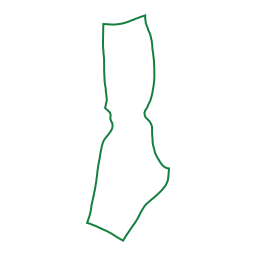 the district of Shibam, Hadramawt, Yemen
{"feature_id": "15242507B68868493059781", "entity_name": "Shibam", "entity_type": "district", "adm_level": 2, "iso_a3": "YEM", "parent_name": "Yemen", "parent_adm1": "Hadramawt", "projection": "mercator", "projection_center": [48.641, 15.882], "detail": "fine", "context": "isolated", "style": "outline", "palette": "green", "viewbox_px": 256, "rotation_deg": 0, "n_neighbors": 0, "source": "geoboundaries", "source_scale": "gbopen_adm2", "svg_char_len": 3580}
<svg xmlns="http://www.w3.org/2000/svg" viewBox="0 0 256 256"><path d="M103.4,24.0L103.4,24.8L103.2,28.3L103.2,29.4L103.2,31.5L103.1,34.5L103.1,37.6L103.0,39.6L103.0,40.4L103.0,41.2L103.0,42.9L103.0,43.9L103.0,45.1L103.1,46.4L103.1,48.0L103.2,49.1L103.4,50.4L103.5,52.5L103.5,53.1L103.8,56.0L103.9,57.1L104.0,58.3L104.1,60.9L104.1,64.5L104.1,65.6L104.2,67.1L104.2,68.4L104.1,70.1L104.2,71.5L104.2,73.2L104.4,74.9L104.4,75.9L104.4,76.9L104.5,78.1L104.6,81.0L104.7,82.0L104.9,83.4L105.1,85.0L105.3,86.2L105.5,87.3L105.7,88.6L105.8,91.1L106.1,93.4L106.5,95.7L106.6,97.4L106.7,98.0L106.8,100.5L106.1,103.3L105.1,108.0L108.5,111.1L109.9,112.6L110.0,112.7L110.0,112.8L110.1,113.0L110.2,113.3L110.2,113.5L110.7,114.9L110.3,118.4L110.4,118.7L110.4,119.0L110.4,119.3L110.5,119.5L110.7,120.0L110.8,120.1L111.1,121.0L112.2,123.1L112.6,125.4L112.3,128.0L111.3,130.3L110.3,131.8L109.8,132.5L109.0,133.7L108.3,134.6L106.8,136.4L105.1,138.5L103.9,140.4L102.9,142.5L102.2,145.0L101.6,147.4L101.2,149.3L100.9,150.6L100.7,151.6L100.5,153.0L100.4,153.5L100.1,155.3L99.8,157.3L99.8,157.9L99.2,160.7L98.7,163.3L98.2,166.2L97.8,168.9L97.6,170.3L97.4,171.5L97.2,174.1L96.8,177.2L96.4,179.6L96.2,182.1L95.7,184.6L95.3,187.3L94.9,189.6L94.2,192.6L94.1,193.2L93.6,195.9L93.1,197.9L93.1,198.2L93.0,198.6L92.5,200.7L92.1,202.6L91.9,203.3L91.4,205.8L91.2,208.1L91.1,208.4L90.8,210.5L90.5,211.9L90.2,213.1L89.8,214.7L89.6,215.6L88.6,218.6L87.9,220.7L87.1,222.9L87.6,223.0L88.0,223.1L88.5,223.3L90.2,223.8L92.5,224.8L94.7,225.6L96.8,226.5L99.6,227.9L101.6,228.8L104.6,230.1L107.3,231.3L108.6,232.0L109.8,232.7L112.0,233.9L113.0,234.6L114.1,235.3L115.3,236.0L116.4,236.8L118.0,237.7L118.9,238.2L119.7,238.7L121.6,239.8L123.1,240.6L123.6,239.8L123.9,239.3L125.0,237.4L125.1,237.2L126.5,235.1L128.1,232.7L129.7,230.4L131.2,228.1L133.0,225.5L134.7,223.2L136.3,220.7L137.5,218.7L137.9,218.0L138.9,216.1L140.0,214.0L140.6,212.7L141.2,211.6L142.0,210.1L143.0,208.6L143.7,207.4L145.2,205.3L146.4,204.1L147.2,203.3L149.2,201.6L149.5,201.3L149.8,201.0L151.2,199.8L154.0,197.5L155.9,195.8L157.0,194.9L157.9,194.0L159.9,192.1L161.5,190.5L162.0,189.9L163.8,187.8L164.4,187.0L165.3,185.9L166.5,183.6L167.6,181.1L168.0,179.4L168.1,178.6L168.2,177.8L168.4,176.4L168.6,173.5L168.8,170.6L168.9,169.3L168.9,168.4L167.2,168.2L165.9,167.7L165.1,167.4L164.4,166.9L163.0,165.8L161.1,163.6L159.2,160.6L157.5,157.8L156.8,156.4L156.0,155.0L155.3,153.4L155.0,152.8L154.7,151.4L154.4,150.0L153.6,147.1L153.4,146.2L153.0,144.9L152.7,142.5L152.6,141.9L152.6,141.3L152.5,139.0L152.3,136.0L152.1,133.7L152.1,131.2L152.1,128.7L152.0,126.5L151.2,124.4L149.9,121.7L148.4,120.2L146.9,118.6L146.5,118.2L145.7,117.5L145.3,116.8L145.0,116.1L144.8,115.3L144.4,113.1L145.1,110.7L147.2,107.5L148.1,105.1L149.2,102.9L150.2,100.9L150.9,98.7L151.4,96.9L151.5,96.6L152.3,93.3L152.9,89.6L153.5,86.3L153.9,83.3L154.2,80.8L154.3,77.8L154.4,75.4L154.3,72.5L154.3,71.7L154.3,69.7L154.3,67.5L154.2,66.7L154.1,64.4L154.0,62.1L154.0,61.7L153.8,59.6L153.5,56.8L153.3,55.0L153.2,54.0L153.1,53.1L152.8,51.3L152.4,48.7L152.4,48.0L152.3,46.3L152.1,43.9L152.0,43.5L151.8,41.1L151.5,40.1L151.2,38.9L150.8,36.7L150.1,34.2L149.2,32.1L148.2,29.9L147.6,28.0L147.5,27.7L147.1,26.6L146.6,25.5L146.2,24.2L145.8,23.2L145.5,20.4L145.2,18.5L145.2,18.1L145.2,15.4L143.0,16.2L140.9,16.8L140.6,16.9L137.9,18.0L135.8,18.7L134.0,19.5L133.6,19.7L131.5,20.4L129.2,21.4L128.7,21.6L126.4,22.3L124.2,23.0L122.7,23.4L121.9,23.6L118.7,24.1L116.5,24.4L114.9,24.5L114.3,24.5L112.5,24.5L112.0,24.5L108.7,24.4L105.5,24.1L104.9,24.1L103.4,24.0Z" fill="none" stroke="#15803d" stroke-width="2"/></svg>